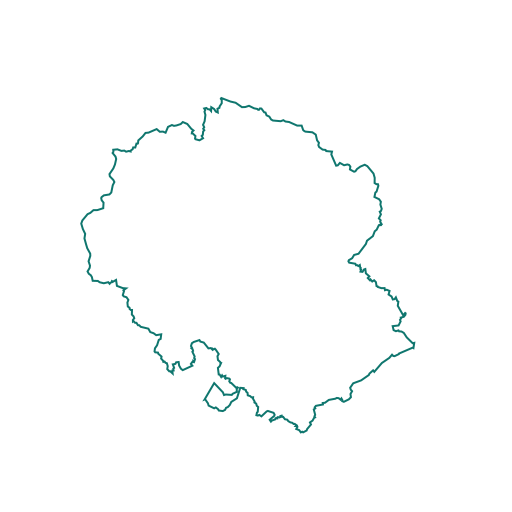 outline of Zapopan, Jalisco, Mexico, rotated 316°
{"feature_id": "50627088B32586146432484", "entity_name": "Zapopan", "entity_type": "district", "adm_level": 2, "iso_a3": "MEX", "parent_name": "Mexico", "parent_adm1": "Jalisco", "projection": "mercator", "projection_center": [-103.516, 20.792], "detail": "fine", "context": "isolated", "style": "outline", "palette": "teal", "viewbox_px": 512, "rotation_deg": 316, "n_neighbors": 0, "source": "geoboundaries", "source_scale": "gbopen_adm2", "svg_char_len": 6138}
<svg xmlns="http://www.w3.org/2000/svg" viewBox="0 0 512 512"><g transform="rotate(316 256 256)"><path d="M123.9,226.9L128.1,233.5L127.1,237.3L128.7,240.4L129.2,243.6L133.4,246.5L129.8,249.4L127.8,248.8L122.8,251.5L119.2,252.2L116.7,254.2L116.6,255.3L118.4,257.4L117.8,258.5L118.2,262.7L116.5,263.9L116.4,266.7L115.8,267.8L116.9,268.4L116.7,270.0L117.4,271.2L116.0,273.9L113.6,275.7L113.5,278.7L114.2,279.2L114.4,282.6L116.2,280.3L117.2,281.1L118.2,279.6L119.4,279.6L120.9,276.2L123.1,277.6L124.7,277.0L126.7,278.5L124.6,281.4L123.7,284.9L124.0,287.2L134.0,290.7L134.2,288.4L136.6,288.0L137.5,289.1L138.2,287.8L138.8,288.7L140.5,287.8L140.6,286.5L142.1,285.6L143.7,280.7L144.8,280.6L145.6,279.1L145.5,277.5L146.2,277.6L146.7,275.6L149.3,274.2L151.5,274.6L156.9,277.2L156.5,278.9L158.3,282.0L157.6,289.4L159.6,290.9L159.6,293.0L160.4,292.7L160.5,293.7L162.0,294.1L162.0,295.3L161.1,300.6L158.7,301.3L156.4,304.4L156.6,307.5L156.1,308.2L156.5,308.7L153.1,310.1L150.9,310.0L146.9,315.3L147.5,316.0L146.9,318.8L148.7,318.3L148.4,319.7L150.7,320.9L148.8,322.5L148.8,323.2L150.2,323.6L151.6,325.6L151.6,326.6L149.7,327.6L149.4,329.3L150.0,330.2L150.2,337.1L151.3,337.3L151.5,338.1L149.7,338.3L147.9,340.4L143.5,338.9L142.1,339.1L138.0,334.6L136.4,333.8L137.5,331.1L137.6,318.4L119.4,323.5L119.9,323.7L119.1,328.6L118.0,330.7L120.1,336.5L121.9,337.0L122.3,339.9L121.9,341.3L124.4,344.5L126.9,345.2L129.0,344.4L130.8,345.1L133.6,345.0L136.9,343.8L143.4,345.1L153.1,339.9L155.3,342.4L154.4,343.0L155.6,345.3L154.7,346.7L154.9,348.5L153.3,350.5L154.5,352.8L154.6,354.7L155.8,355.6L154.7,356.6L153.9,359.8L153.1,360.3L153.6,362.3L152.5,364.3L152.7,366.1L149.0,369.3L147.9,369.3L145.7,370.8L146.5,372.1L148.0,372.6L148.5,375.1L155.7,375.2L156.9,375.7L157.9,377.6L159.7,381.0L159.2,383.0L158.2,383.7L152.1,383.3L151.7,385.5L153.1,385.4L156.4,386.9L157.4,386.3L158.3,387.4L158.6,386.9L159.9,387.1L160.3,388.2L161.4,388.7L162.3,388.0L163.6,388.7L163.0,389.8L163.8,390.6L163.4,393.5L164.8,395.5L164.5,397.2L165.2,399.7L166.2,401.1L166.4,403.0L167.2,403.6L167.6,405.8L166.4,405.9L167.4,407.0L167.1,407.7L164.8,408.4L166.1,411.3L165.7,414.0L167.2,414.5L167.4,415.6L171.2,416.7L172.6,416.0L178.5,415.4L179.2,413.2L182.3,413.7L185.6,412.7L186.4,413.1L186.7,411.9L188.2,411.4L191.0,406.5L192.8,406.8L193.1,405.6L195.0,405.4L201.0,409.3L201.9,408.1L203.7,409.5L208.4,410.1L214.0,413.8L215.5,414.2L216.7,415.7L217.0,418.1L218.5,417.8L218.0,419.7L217.2,420.3L217.9,421.9L223.2,423.6L226.2,423.5L228.1,420.9L231.2,420.0L231.3,418.0L232.2,416.2L237.5,415.1L245.2,418.5L254.5,420.0L255.9,419.4L260.8,419.6L260.6,421.5L272.2,420.4L281.1,421.9L285.3,421.5L285.3,423.3L286.1,424.3L290.6,425.8L291.1,425.5L305.1,430.8L305.3,431.6L309.5,428.4L308.1,427.6L307.9,419.2L308.9,414.0L308.2,411.4L306.6,409.6L306.8,408.5L304.4,407.3L303.5,404.9L305.6,401.4L310.3,405.0L314.6,403.5L315.2,402.0L317.1,401.6L317.4,400.9L320.1,402.4L322.6,402.1L323.8,401.2L323.7,400.6L320.7,400.8L323.4,390.3L326.7,387.7L326.4,386.4L327.9,382.9L325.7,383.3L324.2,382.3L325.4,379.3L324.6,375.8L327.8,373.9L326.6,371.1L325.0,370.2L326.2,368.4L323.9,366.3L322.1,362.9L322.4,362.4L321.8,361.4L324.1,358.1L324.1,355.5L321.9,355.1L322.1,352.4L321.1,352.6L321.1,349.5L323.4,349.4L323.0,344.8L325.6,341.3L324.3,340.7L321.6,341.4L320.3,339.8L322.2,338.7L322.0,338.0L323.0,337.3L322.8,336.9L324.4,334.6L322.6,334.3L322.5,333.0L321.5,332.1L322.1,330.6L318.4,325.5L318.8,324.0L319.9,323.5L323.6,324.4L327.3,323.4L331.3,325.6L343.4,323.7L346.5,322.1L353.9,322.9L358.6,320.7L361.1,320.9L365.7,319.2L367.0,320.3L367.1,319.7L368.5,320.3L369.1,317.6L370.5,316.9L370.5,314.3L374.8,312.8L375.8,310.1L377.2,310.4L379.2,309.4L381.2,305.4L383.5,303.7L384.0,300.7L382.2,295.8L385.9,293.3L387.5,293.4L392.8,290.5L393.6,289.1L392.5,288.0L392.0,285.9L395.7,282.2L397.8,278.3L398.5,268.7L397.6,265.9L393.2,264.2L389.1,263.6L386.4,264.1L385.1,263.5L383.7,259.0L386.0,257.2L386.2,255.1L385.3,253.6L382.4,251.9L381.0,247.3L377.8,247.6L376.4,246.7L380.7,235.3L383.2,233.7L379.4,229.3L379.7,228.0L377.8,225.7L377.1,221.4L377.9,219.5L379.9,218.3L380.3,215.2L383.3,210.2L382.5,206.2L377.9,200.8L377.5,199.4L377.4,198.2L379.4,193.9L376.2,190.8L372.9,182.6L370.6,179.7L370.0,177.3L367.4,176.2L362.3,170.3L361.7,168.3L362.4,165.0L361.3,162.1L362.5,159.4L361.7,158.3L362.3,153.7L361.4,152.6L359.7,152.9L359.1,152.3L359.1,151.2L357.2,148.4L355.3,143.1L351.8,141.4L349.3,139.2L347.8,131.6L344.9,127.1L340.8,118.3L339.9,118.5L339.7,120.0L337.5,122.3L333.8,123.1L332.6,124.0L330.6,123.3L328.2,126.2L327.4,124.2L328.0,121.2L327.2,117.9L324.4,120.5L324.5,118.3L323.4,117.1L323.1,115.0L321.2,113.9L320.8,115.8L319.2,116.4L317.6,119.4L312.6,123.4L309.0,124.9L308.2,127.4L306.4,127.8L306.2,129.6L304.5,129.7L301.9,131.9L300.3,131.9L299.7,134.5L295.7,133.5L293.6,130.0L293.7,129.2L295.8,127.6L295.6,123.8L295.0,123.2L296.2,122.3L298.2,122.3L297.8,119.5L298.3,113.3L296.4,108.8L293.5,108.8L289.4,106.8L287.4,105.4L286.5,103.4L282.4,102.0L276.6,104.5L275.5,101.9L273.1,99.8L272.7,95.7L264.4,92.6L262.0,90.7L257.6,91.3L251.6,91.1L249.5,92.9L248.9,93.0L248.1,92.1L244.5,94.1L243.1,92.6L241.4,93.5L238.9,93.1L238.4,93.7L237.4,92.1L235.0,90.7L234.5,88.7L232.2,86.9L230.4,83.0L227.1,80.4L225.8,82.0L224.4,82.3L224.0,86.9L222.8,89.1L218.1,92.2L214.2,93.9L207.5,95.3L206.2,97.2L206.2,102.2L205.5,104.4L202.1,105.6L196.0,109.8L193.3,109.9L188.7,106.7L185.8,106.4L184.9,106.8L183.7,108.7L183.4,111.7L179.3,115.5L173.8,112.8L170.9,110.1L166.8,109.9L163.9,108.9L155.8,109.8L152.8,111.3L150.2,116.3L148.5,121.4L144.8,124.2L141.7,129.9L140.0,133.2L138.4,139.1L136.9,140.8L131.9,143.5L129.9,147.6L128.1,149.0L124.1,150.1L123.4,152.6L123.8,155.1L123.3,157.2L121.3,160.4L124.9,164.1L125.3,166.3L127.6,169.9L131.5,172.2L131.4,174.3L132.9,174.1L134.2,174.8L135.0,174.1L135.4,175.2L138.7,176.0L135.2,180.9L137.9,186.6L140.0,189.0L136.8,188.6L136.6,189.6L133.0,191.6L132.8,193.1L134.2,195.7L133.7,198.9L131.1,200.2L128.7,203.3L129.1,205.3L128.3,206.4L128.5,208.0L129.3,208.7L126.0,211.9L126.0,214.4L125.2,216.2L123.0,216.5L122.0,217.6L122.7,217.7L122.6,220.0L123.6,221.0L123.0,223.8L123.9,224.7L123.9,226.9Z" fill="none" stroke="#0f766e" stroke-width="2"/></g></svg>